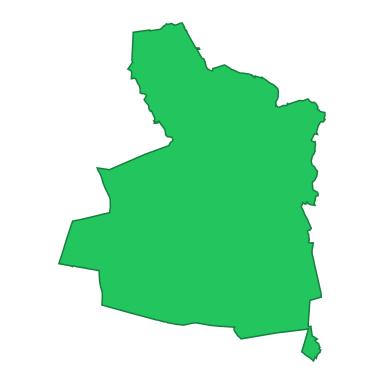 the district of Xochitepec, Morelos, Mexico
{"feature_id": "50627088B57245332476204", "entity_name": "Xochitepec", "entity_type": "district", "adm_level": 2, "iso_a3": "MEX", "parent_name": "Mexico", "parent_adm1": "Morelos", "projection": "robinson", "projection_center": [-99.225, 18.765], "detail": "fine", "context": "isolated", "style": "filled", "palette": "green", "viewbox_px": 384, "rotation_deg": 0, "n_neighbors": 0, "source": "geoboundaries", "source_scale": "gbopen_adm2", "svg_char_len": 5840}
<svg xmlns="http://www.w3.org/2000/svg" viewBox="0 0 384 384"><path d="M261.7,77.3L261.9,78.0L259.6,77.4L255.8,76.2L255.2,76.0L254.9,76.7L254.8,77.2L254.8,77.6L253.5,76.9L253.6,76.3L251.8,75.7L251.9,75.0L251.1,74.7L249.2,74.2L248.1,73.9L244.1,73.3L239.9,73.0L238.7,72.5L233.0,69.8L231.6,69.5L231.2,69.3L230.9,69.1L230.8,68.8L229.1,67.7L227.9,67.0L227.1,66.5L224.6,65.0L222.5,65.5L217.0,67.4L215.0,67.9L212.8,68.6L212.9,69.3L212.9,69.9L212.7,70.4L212.2,70.8L211.8,70.8L211.3,70.6L210.2,70.5L209.2,70.0L208.4,69.1L207.5,68.7L206.4,67.2L206.0,65.9L205.6,64.2L205.2,63.5L205.3,63.1L205.4,62.7L205.4,62.2L204.7,61.0L203.7,58.8L202.0,58.3L199.7,54.3L196.9,49.3L197.0,49.2L197.8,49.3L199.6,49.2L199.0,47.9L195.6,48.0L194.0,44.9L187.3,33.1L186.9,31.5L186.5,30.6L186.2,31.0L185.1,29.4L184.2,27.6L184.6,27.4L182.2,23.0L180.6,23.1L177.0,24.6L174.8,25.4L174.7,25.0L174.5,24.8L174.0,24.7L173.5,24.6L173.0,24.4L172.0,23.6L171.6,23.4L171.1,23.5L170.4,23.8L168.8,24.1L167.8,24.4L166.4,23.8L165.8,24.4L164.6,25.7L164.1,25.8L163.7,26.0L160.6,29.2L160.3,29.3L150.7,30.7L149.8,30.7L149.7,30.0L133.1,32.3L133.2,33.7L131.9,60.8L132.8,62.1L131.6,63.7L127.9,69.1L131.1,70.7L131.7,72.7L131.3,78.8L134.6,78.2L135.7,78.7L137.8,83.5L139.4,85.9L140.2,89.1L140.1,92.8L141.5,93.6L143.8,93.7L145.8,94.5L146.6,95.8L144.1,99.6L145.5,101.8L148.7,105.6L148.9,108.8L150.4,111.3L151.3,110.8L151.9,111.9L152.1,112.1L152.4,113.1L154.3,117.1L154.7,117.4L154.7,118.6L154.5,120.4L153.7,120.9L154.4,121.8L155.0,122.1L155.5,122.0L155.1,122.7L155.1,122.8L154.5,123.0L154.3,123.3L158.0,122.9L158.1,122.1L158.4,121.2L159.2,121.3L159.6,122.1L160.1,123.1L162.6,126.5L163.9,128.2L164.7,129.4L165.3,131.8L165.7,134.8L167.4,136.7L171.7,137.2L172.3,138.0L172.9,139.1L173.0,140.6L171.4,141.6L170.3,142.6L168.8,145.6L145.0,154.3L109.4,169.7L97.2,167.9L97.7,169.6L100.6,174.9L101.2,176.5L102.5,180.7L102.8,182.3L103.3,183.5L105.1,188.0L108.8,195.5L110.2,198.7L110.4,206.7L109.6,212.7L102.9,214.2L93.5,216.5L81.3,219.4L72.6,221.1L66.9,238.2L62.6,252.3L58.9,263.7L69.7,265.6L72.0,266.4L72.3,266.6L72.8,265.9L75.0,266.3L78.0,267.0L78.9,267.0L80.8,267.4L85.2,268.1L89.2,268.9L91.6,269.2L95.5,270.0L99.2,270.6L99.3,276.2L99.7,281.5L100.2,284.5L100.5,286.4L102.2,292.3L102.3,292.9L102.3,298.3L102.1,300.7L102.1,302.7L101.9,305.0L128.8,312.5L156.6,320.0L157.7,320.1L164.6,321.9L166.8,322.0L167.8,322.8L167.9,322.7L169.3,323.0L169.7,323.0L170.9,323.3L176.6,324.3L177.0,324.5L177.7,324.6L178.5,324.5L183.4,325.1L185.2,324.8L186.1,324.5L191.9,323.3L192.9,323.1L194.9,322.8L197.6,323.1L211.0,325.4L218.1,326.1L234.7,327.2L234.1,328.6L234.0,329.8L235.2,332.1L238.0,336.0L240.5,338.2L241.1,338.9L276.6,332.9L303.2,329.7L308.5,328.9L303.6,345.7L301.7,351.8L303.1,352.8L303.8,353.3L304.7,354.2L305.4,354.8L308.1,356.7L310.5,358.1L311.0,358.8L312.3,359.8L313.5,361.0L314.1,359.4L315.1,357.1L316.4,358.3L316.9,355.8L318.4,353.5L319.9,352.5L320.0,352.3L320.2,351.3L320.7,349.9L319.7,349.2L318.9,348.5L320.0,347.3L319.3,346.0L318.6,343.7L316.4,342.2L314.9,340.5L317.4,339.1L312.4,335.9L312.1,335.1L311.4,330.2L311.0,327.6L311.0,326.3L308.8,326.7L308.4,326.7L308.2,324.3L309.0,313.7L309.4,307.5L309.4,307.4L309.5,305.1L310.0,300.4L313.3,299.4L321.2,297.1L321.3,297.1L321.0,293.2L317.3,276.7L314.5,264.6L313.6,260.1L312.0,253.3L312.1,252.1L311.9,251.7L312.5,247.4L312.7,246.7L313.2,243.4L313.2,242.7L311.4,243.0L310.8,242.8L309.8,242.9L308.9,242.7L308.5,241.7L309.1,240.7L309.3,239.7L308.8,237.0L308.7,234.5L308.3,234.0L307.6,232.1L307.6,231.1L308.4,230.3L310.0,230.1L310.3,229.8L311.0,228.6L311.3,228.4L310.9,227.4L308.7,222.5L307.1,218.7L304.7,214.5L303.4,211.1L302.6,209.3L301.4,207.0L301.2,206.4L302.5,204.0L302.7,202.6L304.6,203.9L305.0,203.7L305.4,203.7L305.9,204.1L306.9,201.9L307.1,202.1L307.6,203.0L308.2,203.7L309.3,204.0L310.7,204.7L313.4,205.0L315.0,205.5L315.2,205.4L314.1,203.1L315.5,199.3L315.3,199.0L315.2,198.6L315.9,196.5L316.3,195.8L318.0,195.8L318.1,194.2L317.6,192.6L316.9,191.8L316.0,191.6L315.0,190.8L313.2,190.0L312.8,188.8L312.5,185.9L312.5,185.0L312.3,184.0L312.3,183.4L312.4,182.6L312.8,181.8L313.6,181.2L314.1,180.9L314.9,179.8L315.6,178.1L316.1,177.4L316.5,176.8L317.0,174.8L317.5,171.1L315.8,169.5L315.1,167.9L313.6,166.1L312.2,165.1L311.1,161.1L312.1,157.5L312.0,156.9L313.3,154.8L313.6,154.1L314.1,153.9L314.1,153.3L314.2,153.1L314.3,152.8L314.5,152.4L314.9,151.8L314.9,151.5L315.1,151.4L315.0,149.9L314.9,149.2L315.0,147.4L315.5,144.6L315.1,141.6L314.0,142.0L311.4,140.7L311.4,140.0L313.4,136.0L313.5,135.6L314.7,133.9L314.8,133.8L317.6,134.5L317.4,133.9L317.3,133.7L316.6,133.0L316.8,131.2L317.5,128.3L318.6,124.9L319.3,124.4L319.6,123.3L320.4,122.4L321.1,121.9L321.5,121.6L322.8,122.0L323.8,121.6L324.1,120.1L324.6,120.1L325.1,119.6L324.3,118.1L324.2,118.1L324.1,117.7L324.4,117.2L324.9,116.1L324.9,112.6L324.8,112.4L323.7,112.3L321.2,111.8L320.3,111.5L320.0,111.2L319.5,110.6L319.4,110.3L319.0,109.9L318.6,110.0L318.3,109.9L318.0,109.5L317.4,109.3L317.6,108.8L317.7,108.2L317.9,107.6L317.9,107.0L317.3,106.1L317.2,105.8L316.3,104.2L314.4,102.3L311.6,102.6L310.9,101.9L309.6,101.0L309.1,100.5L308.6,99.6L308.5,99.3L307.9,99.0L307.7,99.0L307.3,99.1L306.5,99.4L303.2,100.8L302.7,100.8L301.3,100.6L299.7,100.5L297.8,101.0L296.8,101.4L294.3,102.2L293.9,102.3L287.1,104.7L287.2,104.1L288.2,102.9L287.2,103.9L286.9,105.3L286.3,105.6L284.0,105.4L283.3,105.5L279.8,107.0L278.3,107.4L277.9,107.2L276.4,105.5L275.7,106.0L275.7,105.5L276.1,104.1L276.0,103.8L275.6,102.4L275.9,101.7L277.5,99.0L277.9,98.0L278.0,96.8L278.2,96.1L278.2,93.6L278.4,92.4L278.3,91.8L278.3,91.5L278.1,90.3L278.1,89.7L277.8,88.9L277.5,88.4L276.7,87.7L276.5,87.3L275.5,86.5L275.2,86.5L274.5,85.6L272.8,84.4L271.4,83.8L270.9,83.4L269.7,82.9L268.3,81.8L267.0,80.7L266.0,80.1L265.1,79.4L264.6,79.1L263.8,78.5L263.1,78.1L262.4,77.8L262.0,77.8L261.9,77.3L261.7,77.3Z" fill="#22c55e" stroke="#15803d" stroke-width="1.5"/></svg>